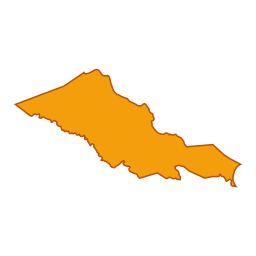 Fond Estate, Praslin, Saint Lucia
{"feature_id": "8701671B74250012316808", "entity_name": "Fond Estate", "entity_type": "district", "adm_level": 2, "iso_a3": "LCA", "parent_name": "Saint Lucia", "parent_adm1": "Praslin", "projection": "robinson", "projection_center": [-60.918, 13.843], "detail": "fine", "context": "isolated", "style": "filled", "palette": "amber", "viewbox_px": 256, "rotation_deg": 0, "n_neighbors": 0, "source": "geoboundaries", "source_scale": "gbopen_adm2", "svg_char_len": 5780}
<svg xmlns="http://www.w3.org/2000/svg" viewBox="0 0 256 256"><path d="M180.1,179.7L180.4,178.3L180.4,177.4L180.2,176.6L179.6,175.9L179.3,175.4L179.1,174.7L178.8,173.0L178.5,171.9L178.2,171.4L177.8,170.9L176.0,169.5L175.6,169.1L175.4,168.6L175.2,167.2L174.9,166.7L178.4,165.3L184.0,166.7L189.4,171.1L204.8,178.1L212.9,176.4L213.3,176.6L215.9,176.6L217.1,176.4L217.9,176.6L219.1,176.2L219.5,175.5L219.5,174.6L219.7,174.3L220.5,174.4L221.0,175.0L221.1,175.7L221.6,176.3L223.4,176.7L223.9,177.0L225.3,178.8L225.8,179.9L225.9,180.3L225.8,180.6L226.0,181.0L226.4,181.2L226.9,181.0L227.7,180.6L228.5,179.9L229.4,179.4L230.3,179.3L230.8,179.6L231.2,180.3L231.4,181.6L231.0,183.1L231.0,184.2L231.4,185.3L231.9,185.7L232.8,186.0L235.8,186.4L235.6,186.2L235.1,185.1L234.3,183.8L234.0,183.2L233.6,182.2L233.4,181.1L233.1,180.6L232.9,180.3L233.1,179.0L233.0,177.6L233.0,176.7L233.1,176.4L233.4,175.6L233.3,175.0L233.4,174.4L233.4,174.2L233.7,173.7L234.0,173.1L234.2,171.7L234.5,171.0L235.3,169.4L236.0,168.3L236.8,167.2L237.7,166.2L238.9,165.2L239.5,164.9L239.8,164.8L240.6,164.3L229.3,158.4L223.8,154.7L213.2,145.0L213.0,144.6L186.5,146.8L186.3,146.4L185.7,145.6L184.9,144.7L184.4,144.1L184.0,142.9L184.0,142.2L183.3,140.8L182.9,140.3L182.7,139.8L181.8,138.9L181.2,138.0L180.8,137.7L179.8,137.4L178.2,136.4L177.4,136.2L177.2,136.1L177.0,135.9L176.7,135.5L176.2,134.7L175.7,134.4L175.3,134.4L175.1,134.4L174.1,134.8L172.7,135.0L172.2,135.0L171.6,134.8L170.6,134.3L170.0,134.2L169.5,134.7L169.2,134.7L168.7,134.5L168.2,133.8L167.6,133.3L166.6,133.1L165.8,133.1L165.1,133.4L164.0,134.1L162.8,134.4L161.2,134.0L159.7,133.5L158.8,133.4L158.0,132.9L157.4,132.5L154.8,129.7L152.4,126.3L152.1,125.7L152.0,125.1L152.1,124.6L152.1,123.9L151.4,121.5L151.9,121.0L152.8,120.7L153.5,120.2L153.8,119.9L154.0,119.1L153.9,118.2L153.1,115.8L152.4,113.7L151.8,113.3L150.9,113.1L150.3,112.5L149.9,112.0L149.3,110.8L148.8,108.7L148.6,108.2L147.5,107.1L146.9,106.1L146.5,105.3L145.7,104.5L144.8,103.8L144.5,103.7L144.1,103.7L143.3,104.2L141.6,105.5L141.3,105.7L139.5,105.8L138.5,105.8L137.8,105.6L136.7,104.9L136.0,104.4L135.2,104.0L132.4,102.6L130.1,101.7L129.4,101.2L129.1,100.8L128.0,99.5L127.0,98.4L126.1,98.3L125.4,98.0L124.2,97.6L123.4,97.2L121.4,96.5L118.7,94.9L117.4,94.5L116.6,94.1L116.4,93.8L115.0,92.6L114.5,91.9L113.7,90.7L113.2,89.9L112.9,89.2L111.9,86.2L110.9,83.5L110.3,80.6L109.5,77.8L109.3,77.1L108.8,76.4L108.6,76.2L108.3,75.9L107.8,75.7L107.4,75.5L107.0,75.5L106.5,75.9L106.3,75.9L103.9,75.7L103.3,75.6L102.8,75.4L102.3,75.0L101.6,74.3L100.4,72.4L99.2,70.9L98.4,70.2L97.6,69.8L96.8,69.6L95.9,69.6L94.8,69.9L91.3,72.0L90.0,72.5L89.1,73.1L88.0,73.4L85.3,73.8L84.8,73.5L84.5,73.3L84.2,72.9L84.1,72.5L64.0,86.1L15.4,104.4L29.6,115.3L30.0,115.5L30.6,115.7L31.1,116.0L31.7,116.1L32.1,115.9L32.4,115.8L32.7,115.4L33.1,115.0L33.6,114.5L34.5,114.1L35.4,114.0L36.1,114.5L36.6,114.7L37.0,114.6L38.1,114.3L39.0,113.9L39.2,114.0L39.3,114.3L39.5,114.9L39.4,115.4L39.6,115.9L39.7,116.2L39.5,116.6L39.1,117.1L39.1,117.3L39.1,117.5L39.9,118.0L40.9,118.2L41.3,118.2L42.0,117.3L42.4,117.0L42.7,116.9L43.3,116.9L43.9,117.2L44.2,117.4L47.0,118.9L47.6,119.1L48.1,119.2L48.8,119.5L49.3,119.6L49.5,119.6L49.9,119.7L50.7,120.2L51.1,120.5L51.3,121.0L51.1,121.4L51.1,121.7L51.3,122.0L51.6,122.2L52.0,122.2L52.5,121.9L53.6,120.7L54.2,120.6L55.1,120.9L56.5,121.6L56.8,122.0L57.0,122.6L57.0,123.3L56.8,123.8L56.7,124.0L56.9,124.5L57.1,124.8L58.1,125.8L59.0,126.3L59.3,126.4L59.9,126.5L60.8,126.5L61.0,126.7L61.0,127.4L61.3,128.3L61.8,129.6L62.0,130.0L62.4,130.4L62.7,130.5L62.9,130.5L63.2,130.1L63.4,130.1L63.8,130.1L64.0,130.4L64.2,131.1L64.5,131.4L65.0,131.5L65.4,131.5L66.3,131.0L66.5,131.1L67.0,131.5L67.3,131.6L67.6,131.5L68.1,131.2L68.5,131.0L68.9,131.5L68.9,132.0L68.9,132.5L69.3,133.3L69.6,133.5L69.9,133.6L70.2,133.6L70.6,133.6L71.3,133.4L71.6,133.0L71.8,133.0L72.4,133.3L72.9,133.7L73.3,133.8L73.6,133.6L74.0,133.2L74.3,133.2L74.6,133.1L74.9,133.1L75.6,133.3L75.8,133.4L76.3,134.6L76.7,134.9L77.5,135.1L77.8,135.1L78.5,134.8L78.9,134.8L79.1,134.6L79.3,134.5L79.6,134.5L79.9,135.1L79.8,135.6L80.3,135.8L80.8,136.3L81.4,136.5L82.3,136.5L82.9,136.3L83.2,135.9L83.6,135.5L83.9,135.3L84.3,135.4L84.4,135.6L84.7,136.7L85.1,136.9L85.3,137.2L85.3,137.5L84.8,137.7L84.8,139.1L85.1,139.4L85.6,139.5L86.0,139.5L86.4,139.3L87.0,138.8L87.5,138.9L87.6,139.2L87.6,140.5L87.6,140.8L90.3,145.5L91.0,144.9L91.3,144.3L91.7,144.0L92.0,143.8L92.3,143.8L93.0,144.2L93.4,144.4L93.7,144.7L93.8,145.0L94.0,145.4L93.8,146.6L93.9,147.0L94.0,147.2L94.7,147.7L95.6,149.4L96.7,150.7L97.0,151.5L97.1,152.1L97.4,152.5L98.0,153.0L98.8,153.4L99.0,153.6L99.0,153.9L98.5,154.8L98.5,155.3L98.6,155.6L98.9,155.9L100.0,156.5L100.4,156.5L100.7,156.4L101.1,156.4L101.5,156.7L101.8,157.1L102.1,158.0L102.2,158.7L102.1,159.2L102.0,159.6L101.8,159.8L101.2,160.2L101.6,160.5L101.8,160.5L102.2,160.5L103.1,160.2L103.4,160.2L103.9,160.7L104.6,161.1L106.1,161.4L106.8,162.0L107.5,162.7L108.9,163.5L110.2,164.7L110.3,165.2L110.3,165.7L110.4,166.0L111.3,166.6L112.3,167.4L113.5,167.6L114.1,167.7L114.6,167.6L115.5,166.8L116.6,165.8L117.3,165.4L118.3,165.0L118.9,164.5L119.9,163.8L121.0,162.5L121.9,161.7L122.0,161.4L122.3,161.4L122.9,161.2L123.2,160.9L123.6,160.6L124.1,160.8L124.4,161.4L124.5,161.8L124.4,162.3L123.8,162.6L123.3,162.8L123.0,163.2L123.3,163.9L123.7,164.7L124.5,165.3L125.4,165.7L128.2,166.4L129.1,166.3L129.8,166.7L130.0,167.2L129.9,167.5L129.3,168.2L129.0,169.1L129.1,170.0L129.6,170.9L130.6,171.8L132.4,172.7L134.6,173.5L136.3,173.9L136.7,174.2L137.4,175.2L138.0,176.4L139.7,178.2L157.2,172.9L166.4,178.6L167.2,178.5L167.8,178.0L169.0,177.4L169.5,177.2L170.0,177.5L170.3,177.6L171.0,177.7L171.4,177.9L172.3,178.5L173.4,178.8L175.8,178.3L176.7,179.1L178.0,179.4L179.7,179.6L180.1,179.7Z" fill="#f59e0b" stroke="#b45309" stroke-width="1.5"/></svg>